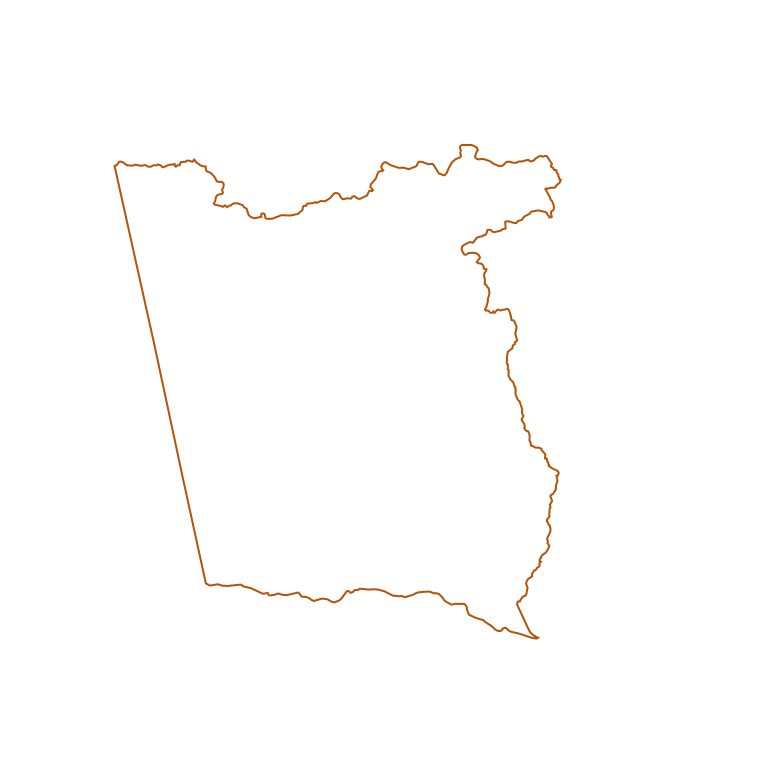 the district of Santana do Araguaia, Pará, Brazil, rotated 74°
{"feature_id": "56859067B41471676463759", "entity_name": "Santana do Araguaia", "entity_type": "district", "adm_level": 2, "iso_a3": "BRA", "parent_name": "Brazil", "parent_adm1": "Pará", "projection": "orthographic", "projection_center": [-50.681, -9.277], "detail": "fine", "context": "isolated", "style": "outline", "palette": "amber", "viewbox_px": 768, "rotation_deg": 74, "n_neighbors": 0, "source": "geoboundaries", "source_scale": "gbopen_adm2", "svg_char_len": 6161}
<svg xmlns="http://www.w3.org/2000/svg" viewBox="0 0 768 768"><g transform="rotate(74 384 384)"><path d="M107.6,553.3L107.4,557.2L104.7,562.4L104.8,565.6L103.2,570.1L102.4,571.2L99.3,573.4L97.6,575.9L97.3,577.2L99.8,580.3L100.2,582.9L282.5,593.9L417.7,603.2L526.6,610.2L529.8,606.9L530.7,599.0L533.4,594.8L535.0,590.1L537.3,577.2L538.2,576.0L539.5,575.4L543.7,568.0L551.8,558.8L552.5,557.4L552.7,553.4L555.2,552.9L555.9,551.9L556.4,548.0L556.2,543.5L559.1,538.9L560.2,535.4L560.7,524.5L561.2,523.5L565.2,522.0L566.0,521.1L567.1,517.7L569.1,515.1L571.6,513.2L573.2,511.3L573.2,502.6L575.4,497.6L578.9,494.4L580.3,491.8L579.7,486.6L578.4,483.9L573.0,476.9L573.1,475.3L575.6,473.6L575.2,470.8L574.1,469.3L574.8,465.6L574.1,463.6L577.4,455.5L578.4,450.7L580.1,446.1L583.4,440.7L589.9,433.8L592.4,427.3L592.7,425.4L594.7,422.6L594.6,413.9L593.7,410.3L593.9,407.3L595.7,398.6L596.8,396.4L598.8,394.1L599.7,391.1L600.9,389.1L605.6,386.5L608.3,385.8L610.6,384.2L613.9,380.8L614.8,379.5L614.9,375.6L615.7,374.1L617.1,368.4L618.2,366.9L621.2,365.9L624.1,366.4L629.2,365.9L634.1,360.3L638.3,353.7L640.7,352.3L645.7,347.8L650.6,344.8L652.5,342.9L653.4,341.2L653.5,339.5L653.0,338.1L651.9,337.5L651.6,334.7L652.7,333.5L654.3,332.8L656.8,330.8L661.1,323.1L668.5,312.2L670.7,307.8L670.4,305.9L666.7,309.6L664.1,311.4L661.6,312.3L632.6,316.9L630.0,315.5L630.4,313.0L629.3,312.5L626.7,309.4L626.5,306.7L625.9,305.5L619.4,302.1L615.3,302.5L612.9,301.3L611.0,298.8L609.8,294.8L607.5,294.1L604.5,290.8L604.8,289.7L602.9,287.4L602.2,285.2L601.0,284.3L599.5,284.2L598.1,282.2L597.2,283.3L594.9,282.1L594.2,280.7L593.1,280.4L592.2,279.2L590.8,275.2L588.5,272.3L586.3,270.5L585.1,269.7L582.1,270.7L579.7,269.7L578.2,270.0L576.8,269.3L572.4,265.2L569.8,264.0L565.9,263.6L564.8,264.6L562.2,264.5L561.1,265.3L559.5,264.9L557.1,261.6L552.8,260.4L549.3,258.9L548.4,257.9L545.8,257.8L542.9,254.7L537.5,255.0L536.6,253.6L536.4,252.1L533.0,248.1L527.9,246.1L525.2,244.0L519.7,243.5L520.1,242.3L517.8,240.6L516.4,240.7L515.0,241.5L511.5,245.5L508.1,248.3L507.3,247.5L506.1,248.0L504.7,247.8L503.7,248.4L500.7,248.0L499.9,249.7L496.0,248.3L491.1,250.7L489.6,250.5L487.9,252.7L487.0,255.7L484.4,258.5L483.8,259.7L480.9,259.3L478.0,259.7L474.1,258.2L470.4,258.3L468.9,258.7L468.4,259.9L467.3,260.7L464.8,261.4L464.0,260.4L461.2,260.3L456.2,261.6L453.2,258.8L450.3,259.4L445.9,258.1L438.1,258.5L435.9,259.8L430.5,260.4L427.9,259.9L425.9,258.8L424.4,259.1L423.2,258.5L421.9,259.3L417.9,259.3L414.3,261.3L410.2,262.0L405.1,260.3L404.1,261.0L399.9,259.6L398.6,260.1L396.0,259.9L395.0,258.9L393.6,259.1L387.2,256.1L385.0,250.8L382.5,249.5L381.7,247.2L380.0,246.7L378.9,244.0L371.7,243.9L365.8,240.8L360.4,241.3L358.8,241.7L357.7,243.8L354.2,243.3L348.6,243.4L347.1,243.6L346.0,244.6L345.5,246.1L345.8,247.9L345.3,249.6L345.5,250.9L345.2,252.3L344.0,253.5L344.0,254.8L346.0,258.0L344.4,258.8L345.4,259.9L345.2,261.1L344.6,262.3L342.1,263.6L341.4,266.1L340.1,266.3L338.3,264.5L332.9,261.2L331.6,261.1L325.7,257.5L320.8,257.0L319.6,257.8L316.9,258.5L315.7,259.7L311.7,258.2L307.5,258.0L305.3,257.0L303.3,254.5L301.8,253.9L301.4,255.3L300.4,256.3L299.3,255.9L296.8,256.2L295.4,257.0L293.8,260.1L292.5,261.3L289.0,256.9L286.0,257.4L283.4,259.8L282.1,263.3L281.5,266.6L282.3,269.8L281.8,271.1L277.4,272.3L275.0,272.0L273.5,271.1L272.2,268.3L271.2,262.3L272.7,259.5L269.0,254.4L268.8,250.4L269.2,248.8L268.5,247.7L268.4,244.9L266.4,243.2L264.9,242.6L264.4,241.6L265.3,239.0L267.6,237.7L268.5,235.9L268.8,229.2L268.0,228.3L268.0,224.2L261.5,222.8L261.5,220.3L265.5,213.7L265.7,212.4L264.2,210.2L264.3,206.5L261.7,203.0L260.5,197.1L258.9,195.1L259.6,188.0L263.0,181.8L264.2,180.5L267.0,179.9L268.0,179.1L269.5,179.1L269.8,176.8L265.0,176.2L264.0,175.2L264.0,174.0L263.2,173.1L262.3,172.4L259.5,171.6L254.6,172.0L252.3,173.2L251.0,172.9L241.0,175.1L240.7,173.9L241.4,172.8L241.3,170.2L242.3,165.4L240.6,163.4L238.8,159.5L236.5,157.8L235.7,159.0L234.5,158.7L232.1,159.1L230.8,158.7L228.0,159.7L226.7,159.3L225.6,159.8L225.2,161.4L222.4,162.1L221.6,163.4L220.3,163.5L218.9,161.9L210.5,164.4L209.3,165.3L209.2,168.8L208.1,170.2L207.9,172.1L209.3,177.0L210.4,178.0L210.7,180.8L209.9,182.3L208.7,183.1L208.1,184.7L208.1,190.0L207.3,193.0L207.8,196.0L206.6,199.5L205.0,201.6L204.3,204.9L206.9,210.0L206.4,213.1L202.8,217.7L198.8,221.0L195.1,226.5L194.5,228.1L194.4,230.6L193.1,232.8L191.6,233.8L190.3,233.7L186.2,230.8L185.1,229.4L182.1,229.7L179.3,232.6L178.3,234.4L175.8,242.6L175.9,243.9L176.9,245.5L178.1,246.0L180.7,245.7L182.8,247.0L185.7,247.1L187.0,247.9L187.7,253.5L189.7,257.7L195.1,263.0L198.1,265.2L199.9,267.8L199.8,269.4L197.6,271.7L197.0,273.1L186.8,276.0L185.7,276.8L184.9,280.9L181.1,286.1L180.1,288.4L180.1,289.7L183.6,293.0L184.3,301.2L181.6,305.3L180.2,310.4L175.6,317.2L171.2,321.3L171.1,322.6L172.2,325.0L174.5,326.8L176.7,326.7L178.3,325.8L178.9,327.0L178.3,329.9L178.7,331.1L184.5,335.5L188.4,341.6L190.9,342.8L194.4,341.1L195.3,342.1L194.2,344.8L198.2,348.6L199.4,356.2L198.4,358.3L195.2,360.8L195.2,362.6L196.7,364.6L195.4,368.2L195.0,372.8L192.6,374.1L189.4,374.6L188.3,375.4L187.1,377.8L187.1,379.3L187.7,380.5L190.5,384.6L192.1,390.3L190.7,394.3L191.3,399.0L190.2,400.1L190.6,402.6L189.6,407.0L189.7,408.6L191.2,409.5L190.7,412.1L191.6,413.3L194.1,414.2L196.8,419.7L196.2,427.8L193.4,436.1L194.3,445.5L193.8,448.1L192.7,451.6L191.7,452.2L187.9,451.9L186.9,452.6L186.5,454.0L186.8,455.1L189.5,455.8L189.0,463.0L186.8,465.8L184.5,467.5L177.6,467.8L175.5,469.8L173.2,470.6L170.2,474.5L169.0,478.2L169.1,479.7L170.2,482.2L169.9,483.6L170.8,486.2L168.5,487.5L169.3,490.2L168.2,491.3L165.0,497.2L163.7,497.9L161.7,495.9L157.9,493.9L156.9,492.7L156.3,491.6L156.6,487.0L155.7,486.1L152.8,486.2L150.5,484.1L148.1,483.1L146.7,483.1L145.0,484.2L144.1,487.2L143.0,488.9L138.8,489.7L135.3,491.2L132.8,492.8L131.1,495.4L129.5,496.2L125.7,495.5L124.8,498.0L123.2,500.2L118.5,503.8L117.2,503.9L115.9,504.7L117.6,506.8L115.3,510.5L114.9,512.1L115.7,513.3L114.7,518.0L117.3,520.2L116.9,521.7L117.7,524.2L116.5,525.0L115.0,524.6L114.1,530.6L114.9,536.5L114.2,537.5L112.9,537.8L110.6,540.6L111.1,542.1L110.2,545.4L110.9,548.4L109.9,551.1L107.6,553.3Z" fill="none" stroke="#b45309" stroke-width="2"/></g></svg>